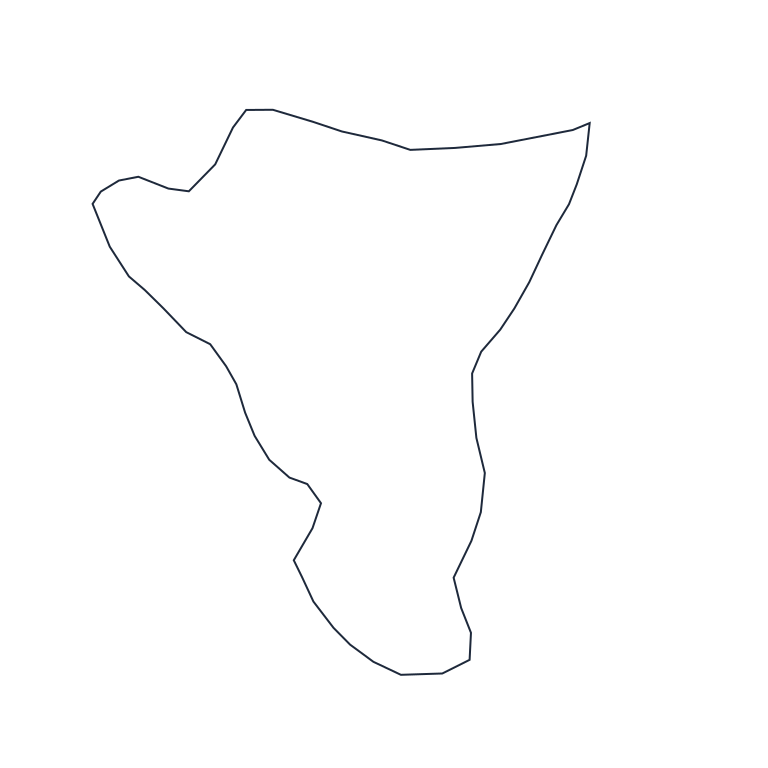 the district of Vokolida, Cyprus, rotated 349°
{"feature_id": "46923920B93195640595309", "entity_name": "Vokolida", "entity_type": "district", "adm_level": 2, "iso_a3": "CYP", "parent_name": "Cyprus", "parent_adm1": "", "projection": "orthographic", "projection_center": [34.07, 35.367], "detail": "fine", "context": "isolated", "style": "outline", "palette": "slate", "viewbox_px": 768, "rotation_deg": 349, "n_neighbors": 0, "source": "geoboundaries", "source_scale": "gbopen_adm2", "svg_char_len": 908}
<svg xmlns="http://www.w3.org/2000/svg" viewBox="0 0 768 768"><g transform="rotate(349 384 384)"><path d="M132.3,151.6L141.0,196.9L154.1,229.7L167.1,246.1L181.8,267.5L199.8,295.4L221.0,311.8L232.4,336.4L239.0,356.1L242.2,385.6L247.1,410.2L256.9,436.5L273.3,457.8L289.6,467.6L299.4,489.0L286.3,511.9L261.8,539.8L266.7,557.9L273.2,584.1L287.9,613.7L301.0,633.4L320.6,654.7L345.1,672.7L386.0,679.3L415.4,671.1L421.9,644.8L417.0,618.6L415.4,587.4L439.9,554.6L454.6,528.3L466.0,490.6L464.4,454.5L467.6,418.4L472.5,390.5L485.6,370.8L508.5,352.8L526.4,334.7L546.0,311.8L564.0,287.1L583.6,260.9L599.9,242.8L611.3,224.8L626.0,198.5L635.7,167.1L617.8,170.7L591.7,170.7L544.4,170.7L498.6,165.8L454.5,159.2L428.4,144.5L390.9,128.1L364.7,113.3L327.2,93.6L301.0,88.7L284.7,103.4L260.2,136.2L229.2,157.6L209.6,151.0L182.4,133.7L162.6,133.7L142.7,141.1L132.3,151.6Z" fill="none" stroke="#1e293b" stroke-width="2"/></g></svg>